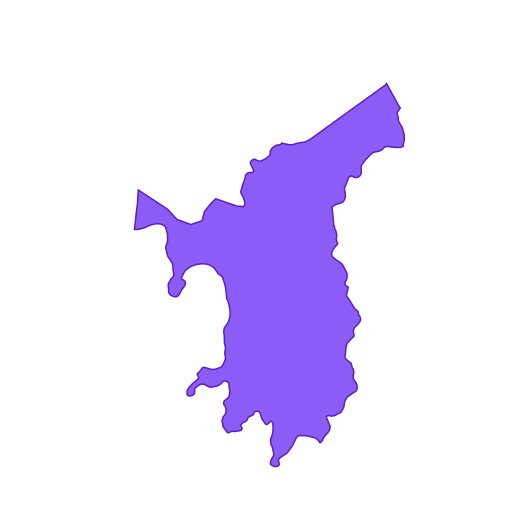 Praslin, Praslin, Saint Lucia (Mercator projection), rotated 104°
{"feature_id": "8701671B17924499339223", "entity_name": "Praslin", "entity_type": "district", "adm_level": 2, "iso_a3": "LCA", "parent_name": "Saint Lucia", "parent_adm1": "Praslin", "projection": "mercator", "projection_center": [-60.894, 13.882], "detail": "fine", "context": "isolated", "style": "filled", "palette": "violet", "viewbox_px": 512, "rotation_deg": 104, "n_neighbors": 0, "source": "geoboundaries", "source_scale": "gbopen_adm2", "svg_char_len": 6136}
<svg xmlns="http://www.w3.org/2000/svg" viewBox="0 0 512 512"><g transform="rotate(104 256 256)"><path d="M259.7,380.3L259.4,379.0L258.2,375.6L256.7,373.2L255.5,370.8L254.2,369.5L250.8,364.7L248.7,360.2L248.2,357.6L248.1,356.4L248.2,354.2L249.0,351.9L250.8,350.1L252.6,349.2L254.2,348.5L255.4,347.4L261.7,345.7L263.6,345.4L266.7,345.6L269.0,345.8L270.7,345.3L275.0,342.9L276.2,342.5L278.2,341.0L282.3,336.5L283.6,335.3L286.0,334.1L288.8,333.4L294.3,331.2L295.6,331.2L298.9,333.0L301.5,333.6L303.3,334.3L305.7,334.1L310.2,332.5L312.1,332.0L313.7,330.9L314.5,329.7L315.2,326.4L315.1,324.2L314.3,322.7L313.2,321.9L311.7,321.1L306.2,319.7L303.5,318.5L302.3,318.0L300.5,317.8L299.3,317.9L298.2,318.3L297.5,319.0L296.0,322.9L295.5,323.1L293.4,322.9L291.5,322.2L289.5,321.9L286.4,320.6L285.6,319.7L284.0,318.6L282.2,316.9L280.2,314.3L278.6,311.7L278.1,310.3L276.9,307.6L276.0,303.6L275.8,301.3L276.0,299.1L276.3,297.7L276.2,297.5L277.4,294.5L278.4,293.0L282.3,288.4L282.7,287.7L283.1,286.8L283.6,285.1L284.5,283.5L285.6,282.9L289.9,280.1L292.9,278.4L299.5,275.8L303.0,274.6L305.2,273.6L307.1,272.0L311.2,269.7L312.0,269.6L313.6,268.7L315.7,267.9L319.0,267.0L321.9,266.5L326.5,266.9L328.9,267.5L333.5,269.4L337.5,269.0L340.6,267.6L348.0,265.6L352.3,263.4L357.6,262.9L362.7,260.8L363.5,260.7L369.3,261.7L371.7,262.6L372.0,262.8L373.2,264.4L375.5,267.6L376.7,271.2L376.8,273.3L376.5,277.9L376.7,279.8L376.9,280.2L377.8,281.3L380.1,281.9L382.2,283.0L383.8,284.1L384.5,284.4L385.1,284.4L385.7,284.0L387.4,282.4L388.8,282.4L390.3,283.2L391.4,283.9L392.9,284.9L394.8,286.5L399.9,289.3L402.1,289.8L403.5,290.3L406.4,289.6L407.3,289.1L407.9,288.6L407.9,286.8L406.7,284.0L405.5,282.9L404.1,282.4L402.1,282.8L400.4,283.2L399.0,283.1L395.7,280.8L393.4,277.9L393.3,277.6L393.0,275.2L394.4,269.7L394.2,268.8L394.2,267.9L393.4,265.8L392.7,265.0L391.6,262.2L390.7,261.1L388.8,259.4L385.8,257.6L385.0,256.8L384.7,256.1L384.7,254.4L385.7,251.6L389.6,250.4L394.1,248.5L395.7,248.3L399.1,248.3L401.2,249.3L404.0,251.6L404.6,251.9L407.3,251.7L409.5,249.5L411.5,248.2L413.2,247.7L414.1,247.5L416.9,247.4L418.2,248.1L420.4,249.1L424.3,249.1L426.5,247.9L427.5,247.4L429.0,247.0L429.8,246.3L430.5,245.6L432.7,242.8L434.1,241.3L434.3,240.8L434.3,240.0L431.6,236.7L431.6,234.6L429.1,228.7L428.8,228.3L427.8,227.8L426.7,227.8L426.1,228.1L424.5,229.7L424.2,229.8L422.5,229.3L420.8,228.4L420.3,227.9L419.8,226.7L418.2,225.3L417.3,225.0L414.6,224.5L414.2,224.3L412.1,221.9L411.6,221.2L410.4,220.1L408.4,220.0L407.4,219.5L406.8,218.7L406.5,217.9L406.3,215.9L406.9,214.5L409.0,213.0L412.3,211.1L415.0,208.4L416.7,206.1L417.0,205.2L416.7,204.5L416.4,204.2L414.9,203.1L413.5,202.3L413.0,201.8L412.7,201.0L413.7,199.5L414.1,199.2L420.3,197.4L424.6,196.9L426.6,197.2L431.4,197.4L435.2,195.8L437.4,194.0L443.7,190.9L445.3,190.7L450.3,192.0L453.4,192.0L454.0,191.7L454.9,191.0L455.2,190.2L455.6,187.9L455.7,187.1L455.5,185.5L454.3,183.7L453.8,183.3L452.6,183.0L449.8,184.3L447.8,185.0L446.8,184.5L439.3,178.0L431.6,174.8L422.1,172.8L421.8,172.6L420.5,171.6L420.0,170.7L419.4,168.9L418.3,164.0L418.1,156.2L418.2,154.9L419.0,152.5L419.8,151.0L421.8,148.6L420.2,147.5L419.6,147.1L416.1,146.5L415.3,146.2L413.5,145.5L410.0,143.5L408.1,142.9L406.5,142.6L405.2,142.5L403.3,142.9L402.5,143.4L397.4,147.3L395.4,148.6L394.8,148.7L394.1,148.4L393.7,147.9L393.4,147.2L393.2,146.5L393.2,144.6L392.8,143.2L392.1,141.6L391.6,140.7L389.6,138.7L388.0,136.6L387.4,136.1L386.5,135.6L385.3,135.1L382.3,134.5L380.6,134.3L375.7,134.7L373.2,134.2L371.1,133.5L370.0,132.7L368.2,131.0L365.9,129.2L363.2,126.5L361.2,125.8L359.7,125.9L356.9,126.7L355.5,127.6L351.8,131.6L349.6,132.6L347.2,132.9L346.0,132.6L342.4,134.2L341.3,135.4L336.8,138.0L336.1,140.1L334.7,143.1L333.3,144.8L331.6,145.5L328.8,145.6L323.9,146.5L322.3,146.5L320.5,146.7L320.0,146.6L318.3,146.3L315.9,145.0L312.8,143.3L311.7,142.4L310.4,141.6L309.1,141.7L306.6,142.9L304.1,143.6L302.0,143.2L299.5,141.9L298.1,140.8L294.6,139.3L292.3,139.1L290.8,139.6L287.2,142.8L285.9,143.0L285.4,143.3L284.3,145.1L283.6,146.9L282.6,148.1L278.0,152.7L272.9,158.4L271.6,158.8L264.5,158.9L263.7,159.1L263.4,159.6L263.6,160.7L263.3,161.4L262.3,162.4L261.0,163.0L258.9,163.1L257.0,162.4L254.7,162.5L251.2,163.3L248.8,165.1L246.6,167.2L244.5,168.9L242.8,170.9L241.0,174.9L240.6,176.9L238.5,181.1L238.4,181.4L237.5,182.3L236.7,182.7L236.1,183.1L235.2,183.2L233.5,183.2L231.3,182.8L227.6,181.3L225.2,180.0L224.0,179.8L222.5,181.1L220.7,181.8L219.2,182.4L216.7,182.5L212.4,184.5L211.1,185.8L209.6,186.5L207.0,188.1L205.1,188.7L200.8,190.3L197.3,191.4L190.1,194.1L189.1,193.4L187.7,192.1L186.4,190.4L183.9,186.3L182.1,184.5L180.4,183.8L178.2,183.6L175.5,184.0L172.7,184.9L170.4,186.1L168.9,186.5L157.3,185.0L155.3,183.2L155.4,181.5L156.0,179.7L155.7,177.8L154.6,175.7L153.2,174.6L151.2,174.0L149.1,174.0L145.0,175.5L142.0,175.4L140.8,175.1L137.0,173.4L134.3,171.9L129.1,168.9L127.6,167.7L126.6,166.4L125.1,163.0L124.0,161.2L122.5,159.6L119.6,157.8L118.5,156.6L117.9,154.7L117.7,153.6L117.2,148.8L116.4,144.4L115.2,141.3L114.5,140.1L114.2,139.8L113.0,140.0L107.6,140.2L102.7,141.4L95.9,145.2L91.5,149.7L89.2,151.1L86.9,151.4L85.9,152.3L83.7,153.5L82.2,153.6L77.5,151.8L76.3,153.3L56.3,171.8L57.6,170.8L129.6,231.6L133.4,235.8L137.2,244.5L138.5,246.1L139.9,249.9L140.2,255.6L140.2,258.4L141.3,258.7L142.0,259.5L142.6,260.4L143.3,262.5L143.8,263.4L145.4,264.9L147.2,266.3L149.1,267.1L151.4,267.5L153.5,266.9L154.6,266.9L155.6,267.3L156.5,268.0L158.2,269.4L159.9,270.9L162.0,273.4L162.6,274.3L163.1,275.4L163.2,276.5L163.1,277.6L162.4,280.7L162.7,281.8L164.3,283.3L165.3,283.8L166.3,284.2L167.3,283.9L170.0,281.9L173.4,279.1L174.4,278.7L175.1,279.1L175.4,279.1L175.9,280.0L176.8,283.2L177.4,284.1L178.3,284.8L179.2,285.3L180.3,285.6L184.7,285.5L190.1,286.2L193.4,286.2L196.7,286.4L197.8,286.2L198.7,285.6L202.9,282.0L203.9,281.6L204.7,280.8L205.7,280.3L206.7,279.9L208.8,279.5L209.9,279.6L210.9,280.0L211.5,280.9L211.4,283.1L211.7,284.2L212.3,285.5L210.2,309.0L213.3,310.8L215.7,312.3L225.2,316.8L233.6,316.8L235.2,317.3L241.2,326.8L239.7,341.5L232.1,353.0L220.4,386.2L234.4,383.6L239.3,383.1L259.7,380.3Z" fill="#8b5cf6" stroke="#5b21b6" stroke-width="1.5"/></g></svg>